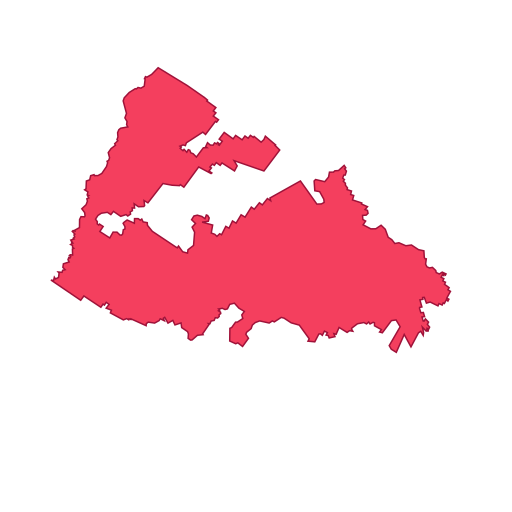 Sayula de Alemán, Veracruz, Mexico (Natural Earth projection), rotated 118°
{"feature_id": "50627088B32201743992634", "entity_name": "Sayula de Alemán", "entity_type": "district", "adm_level": 2, "iso_a3": "MEX", "parent_name": "Mexico", "parent_adm1": "Veracruz", "projection": "natural_earth1", "projection_center": [-94.941, 17.748], "detail": "fine", "context": "isolated", "style": "filled", "palette": "rose", "viewbox_px": 512, "rotation_deg": 118, "n_neighbors": 0, "source": "geoboundaries", "source_scale": "gbopen_adm2", "svg_char_len": 6094}
<svg xmlns="http://www.w3.org/2000/svg" viewBox="0 0 512 512"><g transform="rotate(118 256 256)"><path d="M195.9,67.7L195.7,70.7L193.3,70.6L192.5,76.2L190.2,76.4L190.3,79.4L187.8,79.5L187.9,82.5L185.3,82.6L185.2,81.4L184.2,82.2L184.1,79.8L182.6,79.8L182.8,84.0L185.8,85.7L186.0,89.1L184.4,90.5L183.2,94.9L185.1,97.2L185.3,100.0L183.6,102.4L178.6,104.3L179.1,105.3L178.3,106.7L172.6,110.2L174.1,115.5L173.3,123.9L176.6,128.5L177.2,136.0L179.8,139.3L177.8,143.8L177.4,148.1L171.7,154.4L170.1,160.0L175.7,163.0L178.1,167.3L178.2,176.1L173.7,175.6L173.6,178.8L170.1,181.0L168.2,177.9L165.7,177.1L163.4,179.0L163.8,181.5L160.1,180.7L160.6,187.2L159.5,187.5L161.2,197.1L156.7,198.1L157.3,201.3L153.8,202.2L154.6,206.8L152.9,207.2L151.5,210.3L149.8,211.2L149.0,214.0L147.0,213.8L146.6,216.0L143.4,216.5L142.6,215.2L138.6,216.0L137.4,218.7L136.0,218.1L134.6,220.7L141.8,223.3L143.8,226.4L145.6,227.0L147.5,230.5L152.2,229.0L158.1,230.2L160.5,239.3L162.5,239.9L170.8,234.7L169.3,230.0L174.0,222.8L176.7,221.0L179.3,222.7L181.6,226.6L168.9,252.0L198.2,270.9L200.3,269.0L199.9,272.9L207.9,274.4L207.4,278.0L215.5,279.5L215.0,283.1L226.8,283.9L226.6,288.5L236.3,289.0L236.1,293.2L244.1,292.9L244.0,296.6L253.4,296.4L253.4,298.5L257.0,299.7L256.2,302.6L256.7,306.3L249.0,308.8L251.4,319.5L247.7,314.4L244.4,315.2L242.9,317.7L243.1,319.1L247.0,318.6L246.5,322.4L247.5,327.0L249.8,329.6L254.2,329.9L255.7,324.7L260.5,326.0L263.8,321.4L276.0,316.1L282.4,319.0L285.6,317.8L286.7,322.7L283.6,329.1L285.7,329.3L285.7,331.0L282.9,359.1L279.9,366.2L277.6,367.7L278.9,371.7L277.0,374.2L278.7,375.0L278.3,377.5L280.0,380.8L284.2,378.8L284.7,386.7L288.0,388.3L289.5,388.7L291.6,385.5L293.7,384.4L295.1,385.5L299.1,384.1L300.7,384.5L301.3,386.0L300.2,389.9L302.0,393.4L308.7,393.6L307.7,405.4L301.7,404.8L301.3,409.2L302.5,409.4L302.2,411.3L300.2,412.2L298.8,415.0L294.4,414.6L290.8,412.6L287.2,407.7L287.6,403.6L283.5,402.8L284.5,394.1L280.4,390.1L280.9,388.0L277.9,386.4L276.2,387.8L274.0,386.4L271.7,387.9L270.7,385.7L267.1,388.1L267.7,382.9L265.0,378.3L263.8,378.0L259.6,380.9L259.8,376.4L235.7,372.2L232.9,363.3L229.8,356.6L228.5,356.3L229.1,352.0L204.3,348.4L204.3,334.4L203.4,334.0L203.0,337.4L199.2,336.7L199.1,338.5L195.3,337.6L195.5,335.4L192.2,334.9L192.8,330.2L189.8,329.7L191.0,314.9L185.3,314.9L182.1,320.1L177.2,288.9L151.3,284.8L149.4,291.1L148.7,290.9L145.8,304.0L149.5,303.7L153.1,304.9L151.3,313.8L152.5,314.0L152.1,317.6L155.7,318.2L155.2,322.1L159.9,322.8L159.1,330.6L163.3,331.2L161.8,342.1L170.1,343.4L170.5,339.7L175.5,340.4L175.5,341.5L174.1,341.3L173.8,343.2L175.5,343.5L175.6,345.7L178.3,345.9L179.5,348.4L178.7,352.0L183.2,351.8L183.4,350.3L185.2,353.3L196.6,355.1L195.2,359.5L195.5,362.0L193.7,364.1L193.9,365.7L196.9,365.8L195.6,369.6L197.3,369.9L196.5,373.5L194.9,373.1L194.7,374.7L192.2,372.6L191.7,370.2L188.7,370.6L171.6,361.1L172.4,357.6L156.2,355.0L156.3,353.6L153.3,353.1L152.5,359.4L148.4,358.6L148.0,361.8L143.8,361.1L142.3,372.2L141.1,372.0L140.3,375.7L137.8,396.4L135.7,430.8L144.7,433.4L149.3,436.3L149.5,437.8L151.8,437.7L151.7,437.0L158.5,434.4L161.8,436.4L162.6,439.3L164.6,440.0L165.0,441.2L171.1,444.7L178.1,446.6L181.4,446.1L190.9,437.3L195.6,436.6L197.8,433.0L200.8,431.9L202.2,429.8L206.7,435.5L208.9,436.4L212.1,436.1L215.7,433.8L218.5,433.4L219.1,432.1L223.2,433.5L224.2,432.1L229.2,434.4L234.1,435.0L238.0,431.4L240.8,431.0L242.3,432.0L243.3,430.8L247.2,430.0L255.5,430.9L259.2,433.3L260.9,436.4L260.2,437.2L262.7,439.7L266.8,438.6L269.4,441.0L276.5,437.6L278.0,438.4L278.3,434.5L281.1,433.8L281.2,432.5L281.7,433.2L283.3,430.9L284.9,432.2L286.7,430.6L290.5,430.1L296.1,432.0L298.1,427.7L300.8,425.8L301.9,425.8L303.4,429.0L306.6,428.9L313.8,425.2L318.4,428.2L319.0,427.6L319.4,429.4L320.5,429.8L321.7,426.2L322.9,426.6L324.3,425.0L326.0,425.7L326.4,424.6L328.9,427.0L330.3,424.4L330.4,425.2L331.3,424.3L332.9,425.1L332.8,423.0L334.5,422.0L334.7,420.5L336.0,421.4L341.2,418.4L342.1,420.6L343.2,421.0L343.6,419.3L345.2,419.4L345.2,420.6L347.5,420.3L349.0,418.2L353.3,422.4L356.7,421.2L357.7,418.1L359.4,420.0L361.5,419.6L363.0,423.2L363.6,421.8L367.7,420.3L370.4,422.3L369.4,424.1L372.7,423.2L373.5,425.8L377.4,390.0L372.1,389.2L374.1,368.9L370.3,368.5L370.5,366.8L367.2,366.5L367.7,363.0L372.4,363.8L371.7,358.2L374.6,357.9L374.7,343.1L372.0,340.8L372.1,338.4L371.0,338.6L370.8,336.7L370.2,336.9L369.1,320.3L367.2,321.1L365.0,320.1L362.8,314.0L358.5,311.2L356.4,311.1L356.2,306.5L354.5,308.6L353.0,307.8L356.6,302.2L351.9,299.2L354.9,295.2L350.3,290.8L354.1,288.0L354.9,280.9L356.5,279.1L360.6,277.3L361.0,274.3L360.1,273.0L353.5,270.5L350.3,265.8L349.8,266.6L338.3,265.3L338.0,266.2L337.4,264.9L334.5,265.1L332.5,262.7L329.6,263.0L328.8,260.8L326.7,260.1L325.2,261.0L323.4,260.1L322.2,261.0L322.0,263.4L320.8,262.7L320.3,264.2L318.0,261.2L317.8,258.2L316.1,256.4L311.0,256.5L307.8,252.9L310.1,246.6L310.4,240.3L314.7,240.9L317.4,238.3L323.1,241.4L324.0,243.0L330.6,243.9L332.1,245.1L343.4,239.3L343.0,232.7L341.2,231.3L342.2,225.4L332.2,224.0L329.9,228.2L327.8,228.5L322.4,226.2L318.7,226.8L315.1,225.4L311.6,222.3L309.0,212.9L305.7,211.1L305.6,208.9L298.4,204.9L297.7,202.1L298.5,193.6L296.7,185.3L304.1,170.2L306.8,170.1L304.2,163.8L295.4,163.9L294.4,162.5L294.9,160.2L290.2,160.3L290.1,157.0L292.9,157.0L292.3,154.9L294.0,152.9L290.1,148.4L288.0,150.8L287.5,148.5L280.1,149.1L280.7,139.7L278.0,138.3L277.0,135.2L275.6,137.4L274.5,137.5L268.2,134.6L264.1,129.5L264.1,126.5L261.4,125.5L262.5,123.4L259.6,121.5L259.3,120.1L262.0,118.6L262.1,110.7L265.1,111.2L264.5,108.4L249.5,106.1L246.7,102.3L250.8,95.5L272.6,96.3L274.8,92.8L275.2,86.9L255.7,88.3L263.5,76.5L247.6,76.5L245.1,75.2L247.6,71.1L245.0,72.0L240.7,75.7L242.4,70.6L241.5,68.8L240.6,69.1L240.7,70.7L239.5,71.0L239.8,69.2L237.3,69.3L235.9,72.6L233.4,72.6L232.0,76.9L234.5,77.0L234.9,77.9L231.9,80.8L230.4,78.7L227.3,81.7L228.7,83.8L225.7,86.9L224.6,87.4L223.1,85.6L217.8,90.7L215.9,88.3L214.4,89.4L213.5,88.0L217.6,83.4L214.9,80.6L214.6,71.9L212.1,72.1L211.9,68.6L209.5,68.7L209.5,67.4L205.1,67.4L205.7,65.4L203.6,65.4L203.6,67.8L195.9,67.7Z" fill="#f43f5e" stroke="#9f1239" stroke-width="1.5"/></g></svg>